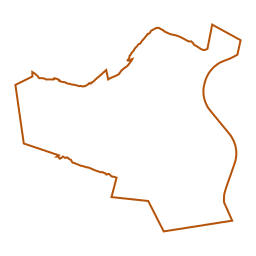 outline of Tholen, Zeeland, Netherlands
{"feature_id": "6326949B94220918271569", "entity_name": "Tholen", "entity_type": "district", "adm_level": 2, "iso_a3": "NLD", "parent_name": "Netherlands", "parent_adm1": "Zeeland", "projection": "albers", "projection_center": [4.074, 51.57], "detail": "fine", "context": "isolated", "style": "outline", "palette": "amber", "viewbox_px": 256, "rotation_deg": 0, "n_neighbors": 0, "source": "geoboundaries", "source_scale": "gbopen_adm2", "svg_char_len": 4997}
<svg xmlns="http://www.w3.org/2000/svg" viewBox="0 0 256 256"><path d="M77.8,164.4L79.2,165.1L80.1,165.5L80.5,165.6L80.8,165.7L82.3,166.0L82.6,166.1L82.9,166.2L83.5,166.4L84.1,166.5L84.5,166.6L84.9,166.7L85.2,166.8L86.4,167.3L86.6,167.4L87.6,167.3L87.9,167.4L88.8,167.7L89.5,167.9L90.6,168.4L93.9,169.8L95.1,170.3L95.7,170.6L96.7,170.9L98.3,171.4L100.7,172.3L101.0,172.3L102.4,172.0L102.5,172.1L104.0,172.9L105.2,173.2L105.4,173.4L105.6,173.6L106.2,174.4L106.5,174.6L106.9,174.5L107.1,174.4L107.4,174.2L107.9,174.0L108.2,173.9L108.5,173.9L108.8,174.0L109.1,174.1L109.4,174.2L109.6,174.3L110.2,175.0L110.5,175.4L110.9,175.9L111.0,175.9L111.1,176.0L111.4,176.2L112.3,176.5L112.7,176.6L115.1,177.1L115.4,177.2L115.6,177.3L116.4,177.9L116.5,177.9L111.5,197.1L148.2,201.0L163.7,231.4L221.7,222.3L232.2,220.7L224.1,202.5L223.9,199.8L224.0,197.8L224.1,195.7L224.4,193.7L224.9,191.7L225.5,189.7L226.1,187.8L228.1,182.0L228.2,181.8L234.2,164.6L234.9,162.6L235.4,160.6L235.9,158.6L236.1,156.6L236.3,154.6L236.3,152.5L236.2,150.5L235.9,148.4L235.5,146.4L235.0,144.4L234.3,142.5L233.5,140.6L232.6,138.8L231.6,137.0L230.5,135.3L229.2,133.7L211.0,111.5L209.7,109.9L208.5,108.3L207.4,106.5L206.5,104.7L205.6,102.8L204.9,100.9L204.4,98.9L203.9,96.9L203.6,94.9L203.5,92.8L203.4,90.8L203.5,88.7L203.8,86.7L204.2,84.7L204.7,82.7L205.3,80.8L206.0,78.8L206.8,76.9L207.7,75.1L208.7,73.3L209.9,71.6L211.1,70.0L212.5,68.5L213.9,67.0L215.5,65.7L217.1,64.5L218.8,63.3L220.6,62.3L222.5,61.5L224.4,60.7L226.3,60.0L230.1,58.5L233.8,56.7L235.5,55.7L237.4,54.7L240.6,40.2L212.2,24.6L207.4,48.9L207.1,49.0L204.5,50.1L202.3,49.7L200.5,48.7L198.0,47.1L196.4,46.0L194.4,45.1L194.1,44.9L194.0,44.7L193.5,43.7L193.2,43.4L193.0,43.1L191.6,41.7L191.1,41.3L190.1,41.4L189.1,41.5L187.7,40.9L186.9,40.5L184.2,39.0L183.5,38.6L181.5,37.7L180.2,36.9L176.1,35.4L170.0,34.1L168.3,33.2L167.6,33.0L165.0,31.7L164.2,31.2L162.9,30.1L161.5,29.4L160.6,29.0L160.0,28.6L159.2,28.0L158.8,27.8L158.6,27.8L156.4,28.0L156.2,28.0L153.9,29.2L151.1,30.8L150.9,31.0L150.1,32.6L149.9,32.9L149.7,33.1L148.0,34.0L147.8,34.3L147.5,34.1L146.4,35.7L145.8,36.4L145.2,37.3L143.8,38.8L143.1,39.7L141.8,41.1L141.2,42.1L140.1,43.7L138.7,44.1L137.9,44.9L137.4,45.8L136.6,46.7L135.9,47.3L135.2,48.1L134.9,48.5L134.7,48.7L134.3,49.3L134.0,50.0L133.6,50.6L133.5,50.8L133.4,50.9L133.2,51.1L132.0,52.4L131.5,53.1L131.4,53.2L130.9,54.2L130.6,54.7L130.4,55.1L129.7,55.6L129.6,55.8L129.5,56.3L129.5,56.6L129.2,57.8L129.1,58.1L129.0,58.4L128.8,58.7L128.7,58.9L128.0,59.7L127.9,59.8L127.6,60.2L127.7,60.3L127.8,60.5L129.1,60.6L129.4,60.5L129.6,60.5L129.9,60.4L130.1,60.3L130.3,60.2L131.1,59.6L131.3,59.4L131.8,59.2L132.3,59.0L131.6,60.5L131.4,60.8L130.7,61.6L130.1,62.5L129.4,63.5L129.0,63.9L128.5,64.6L127.9,65.3L127.3,66.0L127.1,66.2L126.6,66.5L125.7,67.2L124.9,67.6L124.0,68.4L123.1,69.0L122.6,69.5L121.7,70.3L121.4,70.6L121.0,71.0L120.9,71.1L120.8,71.3L120.8,71.5L120.7,71.7L120.6,71.9L120.0,72.5L119.8,72.6L119.7,72.8L119.2,73.5L119.3,73.7L119.2,73.8L118.8,74.2L118.6,74.3L118.2,74.6L117.8,74.8L116.7,75.3L115.8,75.8L115.2,76.1L115.0,76.3L114.8,76.3L114.6,76.4L114.2,76.5L113.7,76.6L113.1,76.9L112.6,77.1L112.2,77.3L111.4,77.6L110.9,77.8L110.7,77.9L110.3,78.2L109.8,78.4L108.6,79.2L108.4,79.4L108.2,79.5L106.2,70.0L102.8,73.1L101.4,74.4L100.1,75.4L99.7,76.0L97.2,77.9L95.8,79.2L94.2,80.8L93.3,81.6L92.2,82.1L92.1,82.3L91.6,83.0L91.3,83.2L90.9,83.5L90.6,83.5L89.6,83.6L89.4,83.5L89.4,83.4L89.4,83.1L89.1,83.2L88.7,83.8L87.8,84.5L85.2,86.1L84.1,86.2L83.0,86.5L82.9,86.5L82.3,86.4L81.5,86.1L80.6,85.9L79.3,86.2L78.1,85.7L77.0,85.6L75.5,85.0L74.8,84.9L73.2,84.7L72.7,84.7L72.3,84.6L71.1,84.4L70.8,84.2L70.3,84.0L69.6,83.8L68.8,83.7L68.6,83.7L68.0,83.7L67.7,83.6L67.3,83.5L66.7,83.1L66.4,83.0L66.1,82.8L65.7,82.6L65.3,82.4L64.7,82.3L63.2,82.0L61.8,81.8L60.7,81.5L59.7,81.1L59.2,80.9L58.9,80.6L58.8,80.4L59.3,80.2L58.9,79.7L56.9,78.9L56.4,78.7L55.5,78.5L54.8,78.3L54.6,78.3L54.3,78.3L54.1,78.3L53.9,78.3L53.8,78.5L53.8,78.8L54.5,79.0L54.1,79.3L53.2,79.5L52.3,79.5L51.3,79.4L50.0,79.4L47.8,79.4L46.3,79.5L46.0,79.4L45.8,79.4L44.5,78.6L44.3,78.5L41.1,78.1L40.8,78.1L40.5,78.1L39.7,78.2L39.3,78.2L39.1,78.1L38.9,78.0L38.7,77.8L38.1,76.7L37.7,76.1L37.5,75.8L36.3,75.0L36.0,74.7L34.5,73.4L33.8,72.9L32.3,72.0L32.4,76.5L15.4,84.9L23.8,143.5L58.7,155.3L56.9,156.6L57.1,156.6L58.0,156.6L58.3,156.7L58.5,156.8L58.8,157.0L58.9,157.3L59.0,157.6L59.2,157.9L59.2,158.1L59.4,158.5L59.6,158.7L59.9,158.7L60.4,158.4L61.0,158.1L61.3,157.9L62.0,157.3L62.5,156.9L62.7,156.7L62.8,156.7L63.0,156.6L63.3,156.7L63.5,156.8L63.9,157.1L64.1,157.3L64.4,157.5L64.7,157.6L65.0,157.8L65.3,157.8L65.6,157.9L65.9,157.8L66.0,157.8L66.2,157.7L66.7,157.5L67.1,157.4L67.5,157.5L67.8,157.7L68.2,158.2L68.5,158.5L69.1,159.0L69.4,159.2L71.2,160.1L71.3,160.3L71.4,160.5L71.6,161.2L71.9,161.6L72.1,162.1L72.3,162.3L72.5,162.5L72.8,162.6L73.3,162.9L73.6,162.9L73.9,163.0L74.3,163.1L74.9,163.2L75.3,163.4L75.8,163.6L76.3,163.9L76.6,164.0L77.0,164.1L77.4,164.3L77.8,164.4Z" fill="none" stroke="#b45309" stroke-width="2"/></svg>